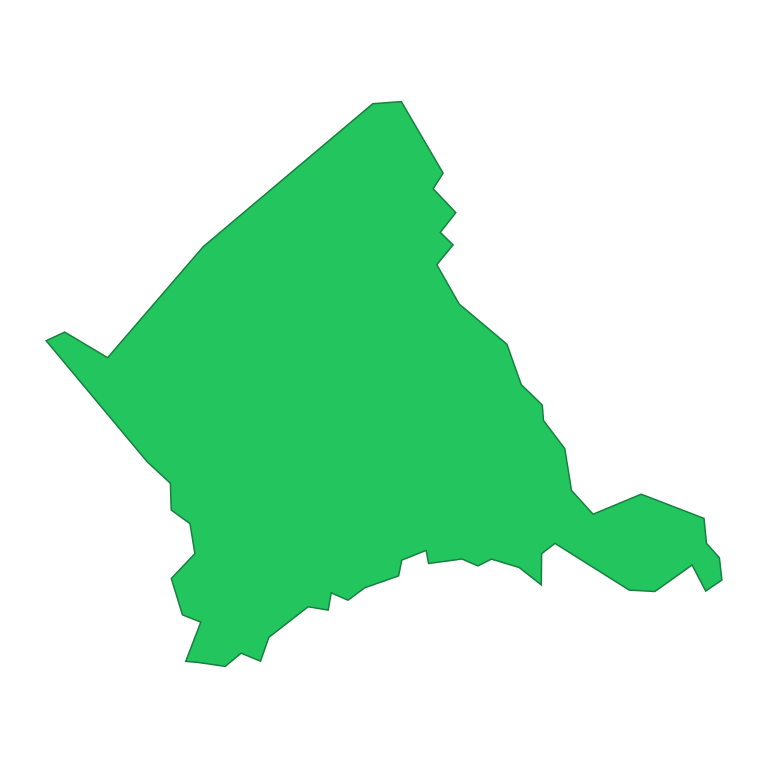 Culpeper, Virginia, United States of America (Equal Earth projection)
{"feature_id": "52423323B12742800071911", "entity_name": "Culpeper", "entity_type": "district", "adm_level": 2, "iso_a3": "USA", "parent_name": "United States of America", "parent_adm1": "Virginia", "projection": "equal_earth", "projection_center": [-77.91, 38.503], "detail": "fine", "context": "isolated", "style": "filled", "palette": "green", "viewbox_px": 768, "rotation_deg": 0, "n_neighbors": 0, "source": "geoboundaries", "source_scale": "gbopen_adm2", "svg_char_len": 861}
<svg xmlns="http://www.w3.org/2000/svg" viewBox="0 0 768 768"><path d="M46.1,340.7L147.3,461.9L170.4,483.3L171.2,510.0L190.0,523.7L194.9,553.6L171.3,578.5L182.5,614.9L200.8,622.1L185.7,661.4L197.1,662.3L225.2,666.4L241.1,653.2L260.5,661.2L268.9,637.3L308.1,606.8L328.2,610.1L331.2,592.9L348.0,600.2L364.7,587.8L398.6,575.9L401.8,560.1L426.1,550.4L428.6,563.5L462.0,559.0L477.9,565.9L491.4,559.1L519.1,567.5L541.3,584.9L541.6,553.7L555.0,543.4L629.2,590.1L654.9,591.5L692.1,565.0L705.7,591.1L721.9,580.0L719.4,557.8L706.5,543.4L704.0,518.4L641.1,494.2L593.1,514.2L571.5,490.5L564.8,448.7L543.5,420.5L542.3,405.1L521.3,384.7L506.9,344.2L459.2,304.1L436.8,264.7L453.1,244.9L440.3,232.4L455.8,212.6L433.2,188.8L443.1,173.1L401.3,101.6L372.8,103.7L324.6,144.3L203.3,246.6L107.6,357.7L64.7,332.1L46.1,340.7Z" fill="#22c55e" stroke="#15803d" stroke-width="1.5"/></svg>